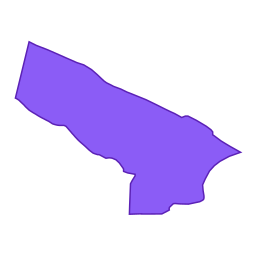 Kharab Al Marashi, Al Jawf, Yemen
{"feature_id": "15242507B69209447674236", "entity_name": "Kharab Al Marashi", "entity_type": "district", "adm_level": 2, "iso_a3": "YEM", "parent_name": "Yemen", "parent_adm1": "Al Jawf", "projection": "albers", "projection_center": [44.255, 16.604], "detail": "fine", "context": "isolated", "style": "filled", "palette": "violet", "viewbox_px": 256, "rotation_deg": 0, "n_neighbors": 0, "source": "geoboundaries", "source_scale": "gbopen_adm2", "svg_char_len": 1784}
<svg xmlns="http://www.w3.org/2000/svg" viewBox="0 0 256 256"><path d="M240.6,152.3L229.9,146.3L225.4,143.6L221.0,140.9L214.3,135.9L212.7,134.8L212.7,131.9L210.9,129.7L206.2,126.2L199.5,122.2L196.3,120.3L188.0,116.1L185.3,116.1L181.7,117.5L177.6,115.2L176.3,114.5L174.7,113.6L170.5,111.7L165.1,109.1L156.3,104.7L146.0,99.7L138.1,96.5L131.2,93.7L126.8,92.0L120.9,89.1L113.6,86.4L111.0,85.0L106.5,82.8L104.0,81.0L100.9,78.1L97.1,74.5L91.6,69.7L83.8,64.9L76.8,62.6L65.6,57.7L47.9,49.9L36.3,45.4L29.1,41.8L15.4,98.1L16.5,98.6L17.8,99.4L19.1,100.3L20.5,101.7L22.2,103.3L23.8,104.8L24.2,105.2L25.4,106.6L27.3,108.4L29.1,110.1L31.4,111.6L33.3,112.8L35.6,114.1L37.6,115.4L40.0,116.8L42.2,118.0L44.2,119.0L46.6,120.3L48.5,121.2L50.7,122.6L52.5,123.8L55.0,124.6L57.1,125.1L59.2,125.4L61.8,125.4L64.0,125.4L66.0,126.3L67.7,128.2L69.2,130.0L70.7,131.7L72.1,133.4L73.6,135.0L75.2,136.9L76.7,138.5L78.2,140.1L79.8,141.6L81.5,143.1L83.5,144.8L85.4,146.5L87.4,148.4L89.2,150.1L91.0,151.5L93.1,153.1L95.0,153.8L97.5,154.6L99.3,154.7L104.7,157.6L105.9,158.2L109.1,157.8L111.3,158.0L112.5,158.3L113.9,158.9L116.0,159.8L119.4,163.0L119.6,163.3L123.5,168.8L123.6,171.4L127.6,172.9L135.1,174.3L135.1,175.8L132.0,180.9L131.8,181.3L130.5,183.8L130.5,184.0L129.8,202.5L129.7,204.5L129.4,214.2L141.5,213.8L141.5,214.0L148.6,214.0L148.8,214.0L149.1,214.0L161.9,213.9L162.1,213.8L168.8,210.3L169.3,210.0L169.1,209.0L169.4,207.4L171.8,205.1L172.6,204.4L173.3,203.7L175.1,203.5L176.3,203.6L178.6,203.8L180.3,203.9L183.7,204.0L188.5,204.1L199.8,201.7L200.5,201.3L201.8,200.7L203.3,199.7L203.8,198.9L204.0,197.2L203.9,195.5L203.6,193.7L203.4,192.4L203.3,191.8L203.1,190.7L202.6,184.9L205.2,179.0L209.5,171.0L214.4,165.6L220.0,161.3L229.3,156.3L240.6,152.3Z" fill="#8b5cf6" stroke="#5b21b6" stroke-width="1.5"/></svg>